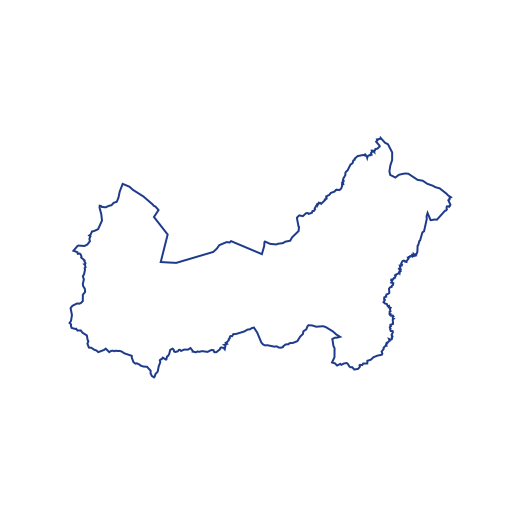 Twifo Hemang Lower Denkyira, Central, Ghana (orthographic projection), rotated 122°
{"feature_id": "2480657B44541331554905", "entity_name": "Twifo Hemang Lower Denkyira", "entity_type": "district", "adm_level": 2, "iso_a3": "GHA", "parent_name": "Ghana", "parent_adm1": "Central", "projection": "orthographic", "projection_center": [-1.455, 5.378], "detail": "fine", "context": "isolated", "style": "outline", "palette": "blue", "viewbox_px": 512, "rotation_deg": 122, "n_neighbors": 0, "source": "geoboundaries", "source_scale": "gbopen_adm2", "svg_char_len": 6134}
<svg xmlns="http://www.w3.org/2000/svg" viewBox="0 0 512 512"><g transform="rotate(122 256 256)"><path d="M265.5,407.3L273.6,405.7L279.3,403.6L283.7,402.8L286.4,404.9L289.6,405.5L291.2,407.2L294.4,409.3L296.1,412.8L295.7,413.7L296.2,415.2L297.8,414.4L302.4,409.5L307.5,405.4L316.9,404.1L320.7,406.6L322.1,408.1L325.5,407.6L327.0,408.3L327.1,406.8L329.7,406.4L331.5,404.7L335.7,405.1L338.4,406.8L341.3,412.2L342.2,412.7L348.3,413.6L347.4,409.5L348.6,408.3L347.4,406.9L347.6,405.5L348.9,403.8L349.9,403.5L350.6,399.0L351.3,398.9L352.5,396.8L353.4,396.6L354.0,397.2L354.2,396.3L355.9,394.6L357.0,394.9L358.4,393.7L362.7,392.1L364.9,392.1L367.2,389.5L371.4,388.1L373.0,386.8L374.5,383.8L377.0,381.9L380.6,382.3L386.0,379.0L388.4,379.5L390.0,380.5L391.1,382.6L395.5,385.3L398.5,385.6L403.6,380.8L409.1,378.5L411.6,378.6L412.0,376.6L413.5,375.8L414.7,374.2L413.6,370.5L413.0,370.0L413.8,367.9L412.0,365.2L413.0,362.4L413.0,357.4L416.6,354.1L417.1,353.0L419.7,352.5L422.2,349.2L421.1,347.0L421.2,343.4L420.7,341.2L421.1,338.8L416.2,335.1L414.2,334.3L415.3,329.5L413.3,328.6L412.2,327.3L411.8,325.6L410.6,324.8L410.0,323.1L408.8,321.5L408.2,319.3L408.3,316.0L406.5,308.5L408.3,307.2L411.0,303.5L411.1,301.0L410.2,300.3L409.8,297.2L410.1,296.0L409.4,292.9L407.7,289.7L409.1,284.6L411.4,283.2L412.9,280.8L413.0,278.2L412.0,278.0L409.4,278.7L406.2,278.1L401.2,280.0L396.8,280.9L395.4,282.3L394.2,282.1L393.6,281.3L391.6,281.2L391.6,277.5L391.2,277.2L388.5,278.2L387.1,277.6L385.0,277.7L381.1,279.0L378.8,277.7L379.1,276.1L380.4,274.8L380.1,273.5L378.3,271.8L376.4,271.6L375.9,270.9L376.2,269.2L373.5,267.4L371.4,264.0L368.8,262.8L370.1,259.1L370.6,259.0L369.5,256.0L368.0,255.0L367.4,253.5L365.2,251.2L363.0,246.3L359.2,243.9L358.4,242.0L359.5,241.0L359.5,240.0L358.5,238.6L354.0,237.1L353.0,237.5L352.0,237.1L351.1,234.9L351.7,233.1L348.0,234.5L348.1,235.8L345.9,234.0L345.5,235.6L344.3,234.9L341.9,234.5L340.9,235.1L339.8,234.6L338.6,235.3L337.4,235.2L336.7,233.8L334.2,233.8L332.9,231.8L326.3,226.0L322.9,224.2L321.2,222.1L319.7,221.6L317.8,219.9L320.3,214.4L326.5,205.7L327.3,203.0L327.0,201.0L325.6,199.0L323.2,192.5L321.6,190.4L321.6,188.2L320.4,186.1L319.0,184.9L318.1,185.1L315.2,183.9L313.7,181.8L312.1,181.3L310.0,178.5L306.3,175.8L300.9,175.8L297.3,174.9L294.7,175.9L291.6,174.5L288.1,175.1L286.9,174.8L285.1,171.5L284.1,167.5L280.0,161.9L279.3,159.1L279.2,150.9L280.0,146.3L280.0,141.9L282.3,144.0L283.3,145.6L285.9,147.3L291.3,142.6L292.6,140.5L300.3,135.8L306.0,135.1L305.2,132.2L305.9,129.2L302.8,127.3L303.1,126.0L300.5,124.4L298.8,122.5L298.8,121.1L300.2,118.3L300.3,116.9L299.3,115.5L300.2,112.5L297.6,109.6L294.9,109.2L293.8,110.3L293.2,110.1L292.2,108.1L290.4,108.1L288.2,104.7L285.8,106.0L283.2,103.7L279.5,102.7L275.9,100.0L273.1,97.0L271.9,97.1L270.5,98.8L267.1,98.5L266.0,99.2L263.4,98.5L263.0,97.9L262.5,98.7L261.2,98.5L261.0,99.1L260.5,99.2L260.2,98.6L259.9,98.8L257.1,97.7L255.9,99.3L255.5,97.3L254.6,96.8L252.3,97.5L252.5,97.9L251.6,98.1L251.1,99.2L248.2,99.5L247.3,100.3L248.2,102.0L247.0,103.4L246.2,103.5L245.9,104.5L244.4,105.0L243.9,104.5L243.0,105.5L241.0,103.8L237.5,106.3L236.2,106.0L236.4,106.8L234.8,108.2L234.3,107.7L234.0,108.4L235.2,110.3L235.1,110.8L234.0,111.1L234.4,112.0L232.3,113.2L231.6,112.7L230.1,114.2L228.6,114.4L228.9,115.4L228.5,115.9L229.1,115.8L229.3,116.2L228.0,117.0L228.6,117.9L227.4,119.6L227.9,121.3L227.6,123.4L225.5,123.3L225.1,124.1L224.6,123.9L224.2,124.7L223.1,125.3L221.5,124.1L221.0,124.7L219.4,124.9L217.8,123.7L216.6,123.4L213.2,125.9L211.3,125.6L210.4,124.6L209.2,125.0L207.9,124.5L206.3,125.2L206.9,127.2L204.9,127.3L204.8,128.7L204.3,128.8L203.1,127.5L201.7,127.4L201.4,126.7L199.3,126.9L198.8,127.7L198.3,127.2L197.8,127.6L195.3,125.9L193.8,126.1L194.3,125.2L192.8,125.8L192.2,125.4L191.6,126.7L191.4,126.0L190.7,126.1L190.6,127.8L189.6,127.3L187.9,129.0L187.0,127.4L185.9,127.6L185.7,128.8L182.9,129.1L181.5,128.1L181.4,127.0L181.8,126.6L181.3,125.3L180.8,125.7L177.7,125.3L176.9,126.3L176.4,125.5L175.8,125.8L175.3,125.1L174.3,125.2L173.9,124.1L173.3,124.2L173.4,123.5L172.8,123.8L173.0,122.7L171.8,121.6L172.1,123.2L170.7,123.7L171.0,122.6L169.9,121.6L170.8,121.4L169.8,120.9L167.1,121.3L161.6,124.4L160.7,124.2L156.8,125.4L155.9,125.1L147.8,127.4L146.0,126.6L134.1,130.8L132.1,132.3L128.6,133.3L133.1,126.9L130.3,123.7L129.3,121.8L117.4,119.7L116.6,118.9L115.4,118.8L114.3,119.9L112.8,120.4L111.6,118.9L111.9,118.3L111.0,118.1L109.5,118.3L106.8,122.4L105.5,121.8L104.6,122.6L102.9,121.8L102.8,125.3L102.2,127.5L101.3,136.1L102.6,140.4L102.7,143.2L104.0,149.0L103.8,154.5L105.8,159.3L105.5,170.4L107.1,173.4L109.6,176.1L111.5,177.9L115.6,179.4L116.1,185.2L113.5,187.7L108.2,190.0L102.5,191.4L96.0,195.4L91.3,203.3L91.6,206.6L89.8,213.0L90.8,212.7L93.0,215.2L93.6,214.3L95.4,214.7L97.0,209.6L97.6,209.1L100.9,210.1L102.0,211.4L103.7,211.1L104.3,211.8L105.2,210.9L104.9,213.1L105.3,213.7L106.3,212.7L107.4,213.1L108.9,211.7L109.6,212.8L110.1,212.5L111.1,213.8L112.1,214.2L113.8,213.7L112.9,214.7L112.8,216.4L112.2,216.5L112.0,217.3L113.2,217.4L113.4,218.5L117.4,222.7L121.1,223.9L121.9,223.3L123.5,224.1L126.0,223.3L128.6,224.3L134.9,223.7L136.8,224.3L138.3,224.2L140.0,223.1L143.9,223.0L145.8,222.4L145.7,221.6L146.5,221.2L147.6,221.7L148.3,220.7L148.5,221.3L149.2,220.4L149.7,221.0L150.9,220.1L153.6,219.5L155.9,220.2L157.0,222.7L157.4,222.6L157.8,223.3L159.7,223.5L162.9,226.0L165.2,226.2L168.2,228.0L168.6,227.6L168.7,228.4L169.0,227.5L170.2,226.6L171.6,227.6L172.0,227.1L177.2,228.4L177.0,229.7L177.5,229.9L177.5,230.9L179.5,230.8L178.9,231.2L179.3,231.6L184.7,231.4L185.1,230.7L187.1,230.8L188.0,231.9L189.7,231.5L192.4,233.6L192.1,234.7L193.1,236.2L197.4,237.4L198.6,240.8L201.2,241.5L202.0,241.5L204.1,239.6L208.4,235.6L208.6,234.9L212.3,233.1L221.1,235.3L224.9,235.1L228.4,238.8L230.8,240.0L234.3,244.2L235.3,244.7L238.2,250.4L239.0,256.1L239.7,256.2L243.3,254.3L251.3,252.0L256.6,285.0L258.5,285.5L259.8,288.3L266.3,292.9L270.4,293.1L275.2,294.4L304.1,320.0L307.4,325.9L311.6,333.6L284.6,342.3L277.0,363.2L268.7,363.0L267.4,367.3L267.6,369.5L267.1,370.6L265.2,382.9L265.1,395.5L264.3,400.1L265.5,407.3Z" fill="none" stroke="#1e3a8a" stroke-width="2"/></g></svg>